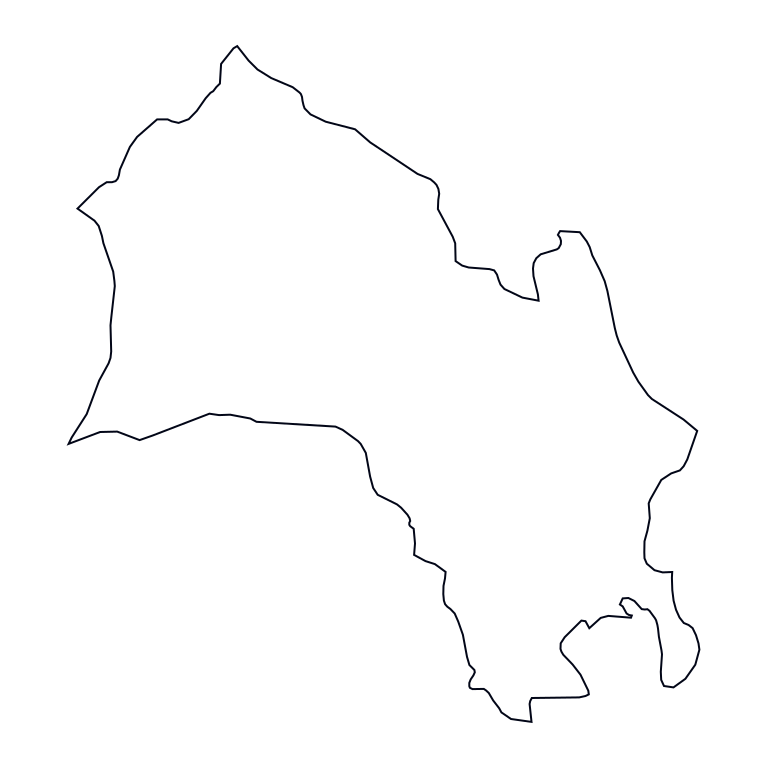 outline of Buskerud
{"feature_id": "NOR-918", "entity_name": "Buskerud", "entity_type": "County", "adm_level": 1, "iso_a3": "NOR", "parent_name": "Norway", "parent_adm1": "", "projection": "albers", "projection_center": [9.402, 60.275], "detail": "fine", "context": "isolated", "style": "outline", "palette": "ink", "viewbox_px": 768, "rotation_deg": 0, "n_neighbors": 0, "source": "natural_earth", "source_scale": "10m", "svg_char_len": 3019}
<svg xmlns="http://www.w3.org/2000/svg" viewBox="0 0 768 768"><path d="M672.2,572.0L671.9,577.8L672.3,590.1L673.6,600.7L676.0,609.7L679.5,617.5L683.8,623.0L688.6,625.0L692.6,628.1L696.0,635.2L698.5,643.4L699.4,649.7L695.3,664.7L685.4,678.8L673.5,687.4L664.0,686.0L661.2,679.9L660.8,671.8L662.0,654.3L661.5,650.5L658.9,636.7L658.0,628.5L657.4,625.0L656.1,620.3L655.0,618.3L650.3,611.9L649.6,610.9L647.4,609.2L646.0,609.4L645.8,609.4L644.7,609.5L641.7,609.1L634.4,601.0L628.4,598.0L622.7,598.4L619.9,604.5L622.7,606.4L626.6,613.5L629.0,615.0L631.8,615.5L631.0,617.7L608.3,615.9L600.7,617.9L589.3,628.2L585.5,621.2L581.4,620.6L564.7,637.2L560.7,643.3L560.5,648.9L561.4,651.6L563.3,654.8L572.6,664.5L580.5,674.7L588.3,690.7L588.7,693.7L588.8,693.9L588.8,694.4L585.5,696.0L579.2,697.4L531.8,698.0L530.2,701.1L529.6,704.0L531.5,721.9L511.0,719.0L501.4,712.4L499.2,708.3L493.2,700.5L488.8,693.0L486.0,690.4L483.8,688.9L472.5,689.1L469.9,687.8L469.3,686.2L469.3,682.9L470.7,679.4L473.4,675.4L474.8,672.3L474.4,670.0L469.4,665.0L467.0,656.8L462.9,634.8L458.2,621.5L454.7,613.5L450.4,609.0L447.3,606.7L445.1,604.2L443.9,600.6L443.3,594.1L443.5,585.9L445.0,578.4L445.6,571.9L434.9,564.1L425.5,561.1L414.1,554.9L415.0,543.5L413.7,528.8L410.2,526.2L409.3,524.8L409.3,522.7L410.2,521.0L409.6,518.3L407.5,514.8L401.1,507.7L397.0,504.4L377.7,494.8L373.2,488.0L370.1,476.5L365.8,452.9L360.7,443.9L358.0,441.1L342.7,429.9L335.5,426.6L256.5,421.8L250.3,418.5L230.2,414.7L219.1,415.1L209.4,413.7L152.7,435.5L139.6,440.1L117.2,431.6L100.1,432.0L68.6,443.9L71.7,437.5L86.7,414.1L99.2,380.5L108.6,363.3L110.5,357.9L111.2,351.5L110.5,325.3L111.4,316.5L114.8,286.1L114.4,281.0L113.2,271.6L103.4,243.2L101.9,235.9L98.7,226.0L94.5,220.7L77.5,208.6L99.0,187.2L106.7,182.2L112.0,182.2L115.6,181.1L117.7,178.7L118.9,175.3L119.9,169.6L129.9,146.9L137.1,136.9L157.1,119.4L167.7,119.4L171.7,121.3L178.6,122.9L188.7,119.2L196.8,110.9L205.7,98.2L210.5,92.8L213.2,91.2L216.4,87.0L219.9,83.6L221.1,63.9L233.5,48.3L237.2,46.1L248.6,60.6L257.5,69.5L271.3,78.1L292.7,87.2L299.5,92.5L300.8,93.9L301.2,94.8L302.0,96.9L302.5,100.8L303.5,105.2L304.6,108.4L310.5,114.4L325.7,121.7L355.1,129.3L370.2,142.4L417.5,173.9L430.4,179.2L434.2,182.4L436.5,184.9L438.4,188.9L439.2,193.8L438.3,199.7L437.9,209.1L452.7,236.7L455.2,243.3L455.6,261.1L462.2,265.6L468.7,267.5L489.5,269.1L494.2,270.4L497.0,274.6L498.6,279.8L500.5,284.6L504.4,289.0L522.4,297.6L538.6,300.7L537.9,294.4L533.5,276.2L533.0,268.5L533.7,263.1L536.3,258.2L540.7,254.3L556.8,249.4L558.7,248.1L560.8,244.2L561.0,240.9L560.0,237.7L557.9,234.9L559.0,232.8L560.1,231.1L579.8,232.2L586.8,241.5L589.7,247.1L592.3,255.4L599.9,270.2L604.7,281.2L607.4,291.0L614.8,328.0L616.7,335.5L619.2,342.6L633.2,372.6L638.4,381.7L648.0,395.1L651.9,399.0L683.5,419.5L697.2,430.9L687.3,459.4L683.7,466.2L679.9,470.4L671.2,473.4L661.3,479.9L650.3,499.4L648.7,503.4L649.8,518.2L647.4,530.7L644.5,541.3L644.3,552.3L644.5,558.3L646.8,563.7L654.5,570.2L662.7,572.4L672.2,572.0Z" fill="none" stroke="#020617" stroke-width="2"/></svg>